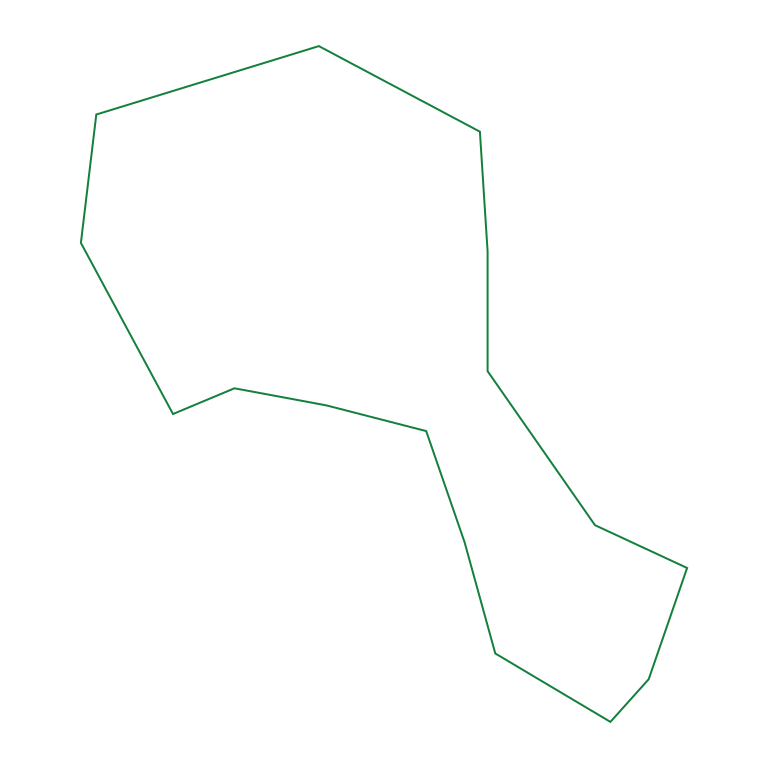 map outline of Al Muḩarraq (Mercator projection)
{"feature_id": "BHR-4930", "entity_name": "Al Muḩarraq", "entity_type": "Governorate", "adm_level": 1, "iso_a3": "BHR", "parent_name": "Bahrain", "parent_adm1": "", "projection": "mercator", "projection_center": [50.643, 26.245], "detail": "fine", "context": "isolated", "style": "outline", "palette": "green", "viewbox_px": 768, "rotation_deg": 0, "n_neighbors": 0, "source": "natural_earth", "source_scale": "10m", "svg_char_len": 327}
<svg xmlns="http://www.w3.org/2000/svg" viewBox="0 0 768 768"><path d="M96.3,114.5L318.8,46.1L479.9,131.7L487.6,251.5L487.6,371.2L595.0,525.2L687.1,568.0L648.7,679.2L610.4,721.9L495.3,653.5L464.6,542.3L426.2,431.1L326.4,405.4L234.4,388.3L173.0,414.0L80.9,242.9L96.3,114.5Z" fill="none" stroke="#15803d" stroke-width="2"/></svg>